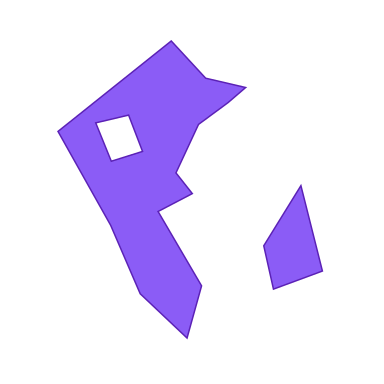 outline of Saint George's, rotated 281°
{"feature_id": "BMU-5140", "entity_name": "Saint George's", "entity_type": "state/province", "adm_level": 1, "iso_a3": "BMU", "parent_name": "Bermuda", "parent_adm1": "", "projection": "orthographic", "projection_center": [-64.685, 32.358], "detail": "fine", "context": "isolated", "style": "filled", "palette": "violet", "viewbox_px": 384, "rotation_deg": 281, "n_neighbors": 0, "source": "natural_earth", "source_scale": "10m", "svg_char_len": 456}
<svg xmlns="http://www.w3.org/2000/svg" viewBox="0 0 384 384"><g transform="rotate(281 192 192)"><path d="M47.7,215.0L82.2,160.6L143.8,118.5L225.9,48.9L336.3,142.8L306.3,183.7L304.8,224.7L286.7,210.4L259.6,185.5L207.7,172.6L190.5,192.6L166.4,162.4L101.7,219.3L47.7,215.0ZM222.4,135.7L255.4,115.1L241.5,84.3L206.8,106.9L222.4,135.7ZM152.9,272.7L219.0,297.7L139.3,335.1L112.2,290.5L152.9,272.7Z" fill="#8b5cf6" stroke="#5b21b6" stroke-width="1.5"/></g></svg>